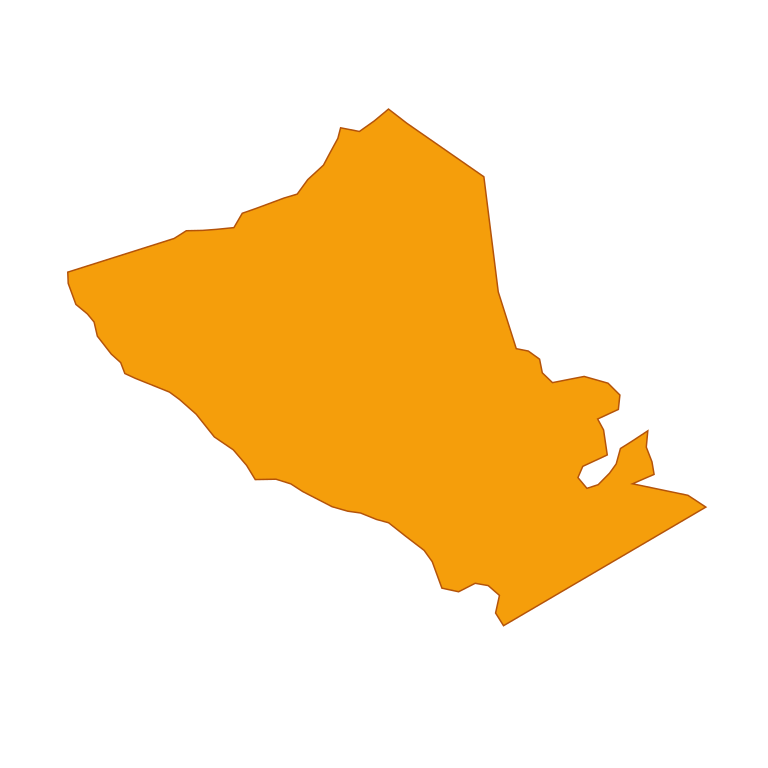 Riacho da Cruz, Rio Grande do Norte, Brazil, rotated 255°
{"feature_id": "56859067B96167215385761", "entity_name": "Riacho da Cruz", "entity_type": "district", "adm_level": 2, "iso_a3": "BRA", "parent_name": "Brazil", "parent_adm1": "Rio Grande do Norte", "projection": "robinson", "projection_center": [-37.971, -5.922], "detail": "fine", "context": "isolated", "style": "filled", "palette": "amber", "viewbox_px": 768, "rotation_deg": 255, "n_neighbors": 0, "source": "geoboundaries", "source_scale": "gbopen_adm2", "svg_char_len": 1179}
<svg xmlns="http://www.w3.org/2000/svg" viewBox="0 0 768 768"><g transform="rotate(255 384 384)"><path d="M586.7,305.8L585.6,291.3L573.9,279.5L576.7,262.4L579.3,248.6L583.2,232.7L578.9,218.9L573.9,107.5L562.9,105.0L540.6,107.0L528.5,115.6L518.9,120.0L504.4,119.5L483.5,128.3L472.8,135.2L461.2,136.4L453.8,145.3L431.7,174.7L421.8,182.6L403.4,194.8L376.8,206.4L359.4,221.4L341.0,230.2L325.0,234.9L320.0,255.0L311.6,268.2L301.2,277.6L278.9,302.1L270.5,316.1L265.5,327.9L255.1,341.7L248.8,352.5L231.1,365.7L212.9,379.7L199.9,384.6L171.8,387.1L164.0,402.3L167.9,420.5L162.3,432.5L149.9,440.8L133.9,432.5L119.6,436.9L181.8,663.0L197.8,648.8L223.3,598.2L226.8,621.5L239.5,622.7L255.1,621.0L270.5,626.7L264.4,608.3L260.5,595.7L246.7,587.6L239.5,578.8L231.3,564.8L230.7,553.0L243.4,547.1L253.0,554.7L257.7,581.3L282.8,584.2L294.9,581.3L298.8,603.8L312.3,609.0L326.8,600.6L339.5,579.3L340.6,563.6L341.7,547.1L353.8,539.8L367.7,540.7L378.5,531.9L383.9,520.9L443.4,518.2L558.3,534.1L630.0,473.5L648.4,459.5L640.6,442.6L634.3,425.6L642.7,408.4L633.2,403.0L621.1,391.5L611.1,382.2L601.2,363.3L589.9,349.3L589.5,335.5L586.7,305.8Z" fill="#f59e0b" stroke="#b45309" stroke-width="1.5"/></g></svg>